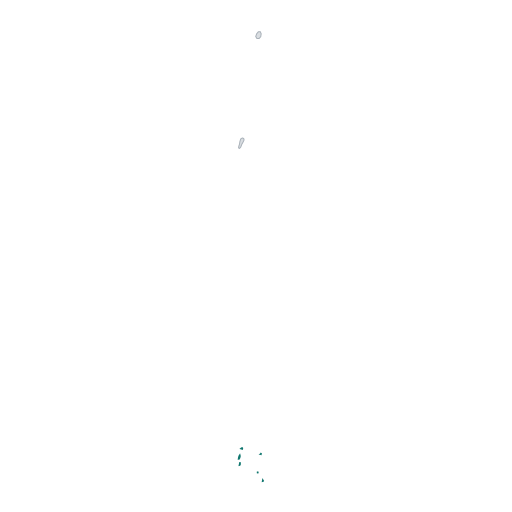 location of Haa Alifu within Maldives, rotated 185°
{"feature_id": "MDV-5223", "entity_name": "Haa Alifu", "entity_type": "Atoll", "adm_level": 1, "iso_a3": "MDV", "parent_name": "Maldives", "parent_adm1": "", "projection": "equal_earth", "projection_center": [73.045, 6.964], "detail": "coarse", "context": "in_parent", "style": "filled", "palette": "teal", "viewbox_px": 512, "rotation_deg": 185, "n_neighbors": 0, "source": "natural_earth", "source_scale": "10m", "svg_char_len": 943}
<svg xmlns="http://www.w3.org/2000/svg" viewBox="0 0 512 512"><g transform="rotate(185 256 256)"><path d="M281.4,371.3L279.9,372.4L278.5,372.0L278.0,370.6L278.7,368.6L279.9,366.0L280.7,363.2L281.8,361.7L282.8,362.2L282.7,363.8L282.2,365.9L282.0,368.7L281.4,371.3ZM273.2,479.6L271.3,479.8L270.2,477.8L270.4,474.9L271.9,472.9L274.1,472.8L275.4,474.6L274.7,477.4L273.2,479.6Z" fill="#d9dde1" stroke="#a8b0b8" stroke-width="1"/><path d="M255.7,52.3L255.6,54.0L255.2,55.5L254.8,56.2L254.5,55.3L254.6,54.2L254.9,53.1L255.2,52.4L255.7,52.3ZM254.3,46.2L254.0,48.6L253.9,48.6L253.7,47.4L253.8,46.7L254.0,46.3L254.3,46.2ZM252.9,62.5L254.2,62.8L253.6,63.4L253.1,63.6L252.8,63.3L252.9,62.5ZM229.8,32.2L229.7,33.3L229.2,32.6L229.3,32.4L229.5,32.3L229.8,32.2ZM235.5,39.7L235.7,41.3L235.3,40.7L235.3,40.3L235.5,39.7ZM234.3,59.0L234.1,59.2L233.9,59.6L233.7,59.5L233.8,58.9L234.1,59.0L234.3,59.0Z" fill="#14b8a6" stroke="#0f766e" stroke-width="1.5"/></g></svg>